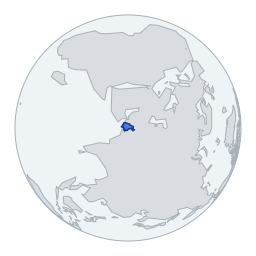 globe centered on Sistan and Baluchestan, rotated 108°
{"feature_id": "IRN-3247", "entity_name": "Sistan and Baluchestan", "entity_type": "Province", "adm_level": 1, "iso_a3": "IRN", "parent_name": "Iran", "parent_adm1": "", "projection": "orthographic", "projection_center": [61.271, 28.254], "detail": "fine", "context": "on_globe", "style": "filled", "palette": "blue", "viewbox_px": 256, "rotation_deg": 108, "n_neighbors": 0, "source": "natural_earth", "source_scale": "10m", "svg_char_len": 12087}
<svg xmlns="http://www.w3.org/2000/svg" viewBox="0 0 256 256"><g transform="rotate(108 128 128)"><circle cx="128" cy="128" r="113" fill="#eef3f6" stroke="#a8b0b8"/><path d="M149.6,17.4L154.1,18.5L159.4,19.9L156.6,19.2L168.2,22.8L175.2,25.8L166.0,22.0L164.1,21.4L168.1,23.0L167.0,22.8L168.3,23.6L166.6,23.3L161.3,21.5L160.1,21.4L163.1,22.6L163.2,23.3L159.1,21.5L158.9,22.6L150.1,20.5L140.4,17.2L134.2,16.9L120.6,16.2L120.5,16.5L115.3,16.9L113.2,17.5L111.3,17.5L111.3,18.0L113.5,17.9L114.2,18.2L113.2,18.6L110.5,18.6L110.7,18.4L109.4,18.6L108.5,18.5L108.3,18.8L105.3,18.9L106.8,19.5L103.0,20.2L101.4,20.1L103.6,19.2L105.3,17.7L104.6,17.8L113.5,16.3L122.5,15.5L131.6,15.4L140.6,16.1L149.6,17.4ZM86.9,23.1L86.3,23.4L90.3,22.0L90.6,22.1L93.9,21.3L91.2,22.6L86.8,24.3L83.9,25.1L81.8,26.0L82.8,26.3L75.7,29.3L68.0,34.0L66.4,34.8L66.4,34.0L71.0,30.9L78.8,26.7L86.9,23.1ZM69.2,31.9L68.7,32.2L66.5,33.6L69.2,31.9ZM62.6,36.3L62.1,36.7L62.7,36.3L60.9,37.6L61.3,37.2L62.6,36.3ZM163.6,21.1L161.2,20.4L163.9,21.2L163.6,21.1ZM168.8,23.8L169.8,24.1L170.1,24.4L168.8,23.8ZM95.2,20.8L94.6,21.0L94.3,21.0L95.2,20.8ZM97.2,20.2L97.3,20.0L98.3,19.8L98.2,19.9L97.2,20.2ZM167.7,24.3L167.7,24.8L166.8,23.9L167.7,24.3ZM96.9,20.6L100.0,19.3L101.8,18.9L102.9,19.1L96.9,20.6ZM167.2,24.9L167.5,26.5L169.8,27.3L163.5,26.2L165.3,25.0L163.7,23.8L165.8,24.7L167.2,24.9ZM114.6,17.7L112.3,17.8L115.1,17.4L114.6,17.7ZM116.3,17.4L124.1,16.2L127.1,16.5L123.8,16.7L128.4,17.0L126.0,17.7L122.9,17.7L121.5,17.3L121.7,17.9L116.3,17.4ZM159.9,25.5L159.2,25.7L159.0,25.2L159.9,25.5ZM114.7,18.3L116.0,17.9L118.7,18.1L116.5,18.9L116.4,18.5L114.7,18.3ZM130.8,16.8L132.4,17.2L130.9,17.9L131.3,18.1L126.2,17.7L130.8,16.8ZM115.3,18.7L115.4,19.3L113.2,19.6L113.6,18.6L115.3,18.7ZM120.3,17.9L121.4,18.0L120.1,18.2L120.3,17.9ZM105.5,21.6L107.1,21.0L108.6,21.0L105.5,21.6ZM115.6,19.5L116.3,19.3L117.1,19.3L116.7,19.8L115.6,19.5ZM125.5,18.3L124.5,18.5L127.5,18.5L126.5,19.1L123.3,18.8L124.2,19.2L123.9,19.4L121.6,18.9L125.5,18.3ZM118.6,20.3L114.2,20.4L111.0,21.4L109.6,21.4L114.9,19.7L118.6,20.3ZM120.6,19.5L119.1,19.9L118.0,19.6L118.5,19.1L120.6,19.5ZM126.9,19.7L129.3,18.8L129.9,18.9L126.9,19.7ZM117.9,20.6L119.0,20.6L117.8,20.7L117.9,20.6ZM124.4,20.0L125.1,19.6L125.8,19.8L124.4,20.0ZM120.5,21.0L119.1,21.0L119.3,20.6L120.5,21.0ZM122.5,20.6L123.2,20.9L120.3,20.4L122.7,20.4L122.5,20.6ZM124.9,20.2L125.6,20.2L124.5,20.3L124.9,20.2ZM120.4,22.7L116.7,22.2L117.2,21.2L120.8,21.8L120.4,22.7ZM21.1,131.6L21.1,112.7L23.5,108.2L25.7,101.1L43.7,86.8L45.6,90.3L57.7,94.0L58.8,95.7L55.3,100.8L62.7,112.1L67.5,108.6L76.3,115.8L83.4,117.5L89.7,107.5L78.0,104.4L78.0,98.6L89.0,96.6L99.6,99.8L99.9,97.7L95.0,91.7L99.2,88.6L93.5,89.3L94.5,91.8L91.0,92.5L89.8,90.3L91.4,89.2L88.7,87.5L82.1,93.6L82.4,96.8L74.3,95.7L74.0,101.0L71.2,102.6L70.6,94.2L72.0,91.7L69.5,81.8L67.2,84.2L69.5,93.9L68.0,92.6L65.0,96.6L66.1,92.6L64.2,81.9L58.1,80.8L47.2,87.9L44.3,86.9L43.2,82.9L50.3,73.2L56.1,76.7L58.6,73.7L60.1,67.9L61.8,69.6L63.1,67.8L65.5,69.0L71.6,66.3L74.4,67.2L79.3,62.2L81.5,62.1L77.9,65.0L77.0,67.7L84.5,70.5L86.7,69.9L89.3,66.5L91.0,67.9L92.5,64.3L98.1,64.6L92.6,61.4L95.5,57.9L100.2,56.2L100.2,54.6L92.5,57.5L90.4,59.3L90.1,61.6L83.3,66.5L80.2,66.5L83.6,59.6L79.6,59.0L84.0,54.3L102.0,48.5L108.2,48.5L113.1,55.5L110.2,57.3L107.0,55.6L107.6,60.4L108.7,58.4L110.1,59.7L113.2,57.1L114.4,58.0L115.4,54.2L117.2,54.9L116.5,57.3L122.7,54.5L127.0,55.6L127.9,54.6L127.5,53.2L133.3,55.7L133.7,54.9L131.9,53.7L131.5,51.4L133.0,48.5L134.9,49.5L134.6,50.7L136.9,54.9L135.9,58.2L136.8,58.4L138.2,55.8L135.3,50.5L135.7,48.5L137.5,50.7L136.9,49.8L137.6,49.1L140.2,49.4L138.4,47.0L144.4,39.4L150.0,39.7L150.9,42.2L157.0,39.0L162.8,40.3L161.2,39.1L163.1,37.3L161.3,36.8L160.6,36.1L164.6,31.9L167.0,32.0L166.9,29.5L166.0,29.0L164.2,28.7L163.5,26.2L169.8,27.3L171.4,28.3L174.2,28.5L177.4,31.0L181.4,33.4L183.3,36.5L186.2,38.4L187.0,38.3L191.7,41.1L198.5,47.7L189.5,42.6L178.6,34.3L182.7,37.6L180.8,37.1L181.6,38.4L184.7,40.9L185.6,41.0L185.2,47.2L190.5,55.6L192.6,53.7L196.0,55.2L203.8,64.6L207.3,81.0L211.8,84.5L213.4,87.4L212.4,90.4L210.0,86.1L207.3,85.5L206.1,82.8L203.8,86.6L202.0,82.9L201.0,87.9L203.5,90.3L206.3,88.1L206.2,94.5L211.5,98.1L214.3,104.3L212.7,118.0L207.8,124.0L207.9,126.2L204.8,124.9L202.5,130.2L209.5,139.6L209.9,142.9L205.2,151.2L204.8,148.8L196.7,145.4L196.4,153.6L202.6,158.1L204.7,164.8L200.5,163.9L198.2,158.1L195.3,156.7L195.2,149.8L191.2,140.4L186.8,143.6L186.4,139.4L180.2,132.1L173.5,136.3L163.4,149.3L163.3,159.9L159.3,164.9L151.0,150.8L148.7,140.6L144.8,141.8L137.0,133.4L121.1,132.8L119.6,130.0L116.5,131.2L111.1,128.1L109.2,123.4L105.6,123.4L111.1,135.7L115.0,135.7L119.4,131.5L120.1,135.7L125.3,139.6L116.8,149.3L94.4,155.8L93.6,147.7L83.4,123.4L84.5,121.0L84.5,120.7L84.4,120.2L82.2,123.9L80.9,119.1L84.8,135.9L84.9,142.6L94.1,156.3L92.9,157.3L96.2,160.3L108.6,158.7L108.3,161.3L101.7,172.4L85.8,185.3L88.7,195.5L88.9,203.3L80.7,206.5L83.2,212.4L79.3,213.2L80.2,216.2L78.0,218.3L73.7,219.4L64.5,216.0L62.6,213.2L55.8,206.1L45.8,189.6L46.6,183.8L45.2,178.0L38.7,162.4L40.0,155.8L38.6,151.9L35.6,150.8L34.2,146.1L32.5,144.8L23.0,139.3L21.1,131.6ZM35.3,96.2L34.3,98.1L35.3,96.2ZM109.3,108.8L116.5,110.1L115.6,103.0L118.3,103.0L117.0,100.7L115.5,102.5L112.7,96.2L116.7,94.7L117.0,91.7L114.6,91.1L107.8,95.1L111.8,103.8L109.1,106.4L109.3,108.8ZM64.2,35.2L63.1,35.9L64.2,35.2ZM60.4,38.7L57.6,40.8L59.7,39.1L59.2,39.2L63.1,36.1L65.8,35.1L63.9,36.0L60.4,38.7ZM69.0,32.1L66.2,33.9L69.1,32.0L69.0,32.1ZM67.9,57.6L67.9,59.3L65.7,60.9L62.1,60.6L65.2,58.1L67.9,57.6ZM68.4,61.4L72.8,55.1L75.2,55.3L73.1,56.2L74.2,57.0L71.2,58.7L69.2,65.4L67.1,67.3L61.6,65.1L64.5,64.6L64.4,62.9L68.4,61.4ZM79.7,41.3L81.6,39.3L84.4,42.3L82.3,43.8L78.5,43.4L78.8,41.3L79.7,41.3ZM98.3,21.5L98.8,21.1L99.5,21.0L99.7,21.4L98.3,21.5ZM106.1,21.3L96.6,23.5L96.7,23.1L90.9,25.3L89.1,25.1L92.9,23.6L87.2,25.3L89.9,23.8L85.9,25.2L94.6,21.9L96.8,20.9L95.0,22.0L96.7,22.2L98.0,22.0L103.6,20.8L109.1,19.0L111.6,19.2L111.9,19.8L110.9,20.2L109.6,19.9L109.3,20.7L106.7,20.7L106.1,21.3ZM113.9,30.5L112.7,29.3L111.6,32.2L109.0,31.6L109.0,32.0L106.3,32.3L103.0,33.5L102.1,33.0L101.3,33.7L99.4,34.0L97.9,34.8L95.8,34.3L93.8,35.4L93.9,34.6L91.0,36.5L92.2,34.9L89.9,35.4L90.0,36.7L82.1,33.5L77.9,33.9L73.7,35.3L76.3,32.7L81.9,29.9L88.5,27.7L92.2,27.9L92.7,26.9L94.6,26.7L93.4,27.6L96.4,26.2L97.7,26.3L103.6,25.3L107.1,23.5L109.4,23.2L108.6,24.0L111.4,23.2L111.4,24.6L113.0,24.5L114.7,25.9L112.3,27.7L114.3,27.5L115.6,28.7L113.9,30.5ZM120.8,23.1L118.5,25.1L115.9,25.9L114.1,23.1L112.6,23.0L111.4,21.6L115.1,20.6L115.1,21.1L116.0,21.4L114.5,21.6L116.4,21.6L116.5,22.3L118.0,22.5L116.8,23.1L120.8,23.1ZM61.4,94.4L62.6,95.2L64.6,95.8L62.8,98.5L61.4,94.4ZM60.0,87.1L61.2,87.3L59.6,91.0L58.4,90.3L60.0,87.1ZM63.2,84.4L61.4,87.0L61.7,85.2L63.2,84.4ZM79.2,65.1L80.7,65.2L80.3,66.0L78.9,67.0L79.2,65.1ZM110.1,40.1L109.9,39.0L110.6,38.8L112.3,36.4L114.4,36.9L114.2,38.5L110.1,40.1ZM86.9,108.8L84.0,110.4L83.3,109.1L84.4,108.8L86.9,108.8ZM72.2,104.4L74.9,106.8L71.7,105.1L72.2,104.4ZM112.7,40.2L113.1,39.1L113.9,40.0L112.7,40.2ZM116.0,37.1L117.2,37.9L114.9,36.7L116.0,37.1ZM137.9,237.4L139.4,237.7L137.5,237.9L137.9,237.4ZM107.6,204.6L103.0,216.7L97.8,216.1L95.7,212.3L96.7,204.7L102.4,203.2L105.0,199.7L107.6,204.6ZM221.9,172.6L223.6,171.8L223.5,172.3L221.9,172.6ZM220.2,172.2L222.3,171.1L219.6,173.4L220.2,172.2ZM223.1,170.6L225.2,168.4L226.1,167.1L225.9,168.1L223.1,170.6ZM218.7,173.1L209.6,177.4L205.8,177.9L206.9,175.8L213.1,173.6L218.7,173.1ZM206.6,175.9L200.5,173.6L190.7,162.5L194.3,161.8L204.2,167.1L203.6,168.8L207.3,171.1L206.6,175.9ZM220.6,160.9L219.9,165.5L215.1,167.7L212.8,168.0L211.3,163.2L212.2,159.9L214.1,159.1L220.5,145.7L223.0,146.8L221.3,152.1L223.2,154.9L220.6,160.9ZM163.9,160.8L167.0,166.5L164.6,167.8L163.9,160.8ZM222.3,137.3L220.3,143.1L221.9,136.0L222.3,137.3ZM222.8,131.0L223.3,133.1L221.9,131.6L222.8,131.0ZM208.6,129.3L206.6,130.7L206.2,129.2L208.5,126.5L208.6,129.3ZM216.4,109.5L217.8,114.2L218.0,116.0L216.4,113.6L216.4,109.5ZM131.2,44.2L126.5,46.9L124.5,49.5L125.6,51.9L122.1,49.9L125.2,45.8L131.2,44.2ZM142.6,39.7L141.6,38.0L143.3,38.2L143.8,38.6L142.6,39.7ZM141.1,39.0L137.4,37.9L137.7,36.6L140.6,37.7L141.1,39.0ZM124.9,38.6L123.4,39.3L122.8,38.5L124.9,38.6ZM218.4,195.2L218.3,195.3L205.1,208.9L203.1,209.8L205.6,207.1L207.8,201.1L208.6,200.8L210.5,195.9L219.5,186.8L226.5,174.7L229.1,172.6L232.6,164.1L234.6,161.7L232.7,167.7L233.3,167.9L237.4,154.3L236.6,158.0L234.1,165.9L231.0,173.7L227.3,181.1L223.1,188.3L218.4,195.2ZM226.0,170.1L228.7,165.1L229.8,163.9L226.0,170.1ZM238.9,147.9L238.9,147.2L237.9,152.0L236.3,155.0L237.0,152.2L237.1,149.6L234.7,151.8L234.2,150.5L235.3,147.9L233.3,148.5L235.5,145.2L236.2,148.3L237.3,143.7L238.7,142.0L239.6,140.9L239.8,141.9L239.6,143.6L239.5,144.0L238.9,147.9ZM235.0,154.3L235.3,153.8L234.9,155.4L235.0,154.3ZM230.5,155.3L230.4,156.5L229.7,156.2L230.5,155.3ZM231.5,153.8L233.3,153.3L231.2,155.0L231.5,153.8ZM224.5,155.1L225.2,157.4L227.5,154.0L225.7,157.8L227.0,161.1L226.4,163.2L225.2,159.4L224.3,164.8L223.2,165.4L222.9,161.5L224.1,155.5L225.1,152.7L229.2,148.9L224.5,155.1ZM231.5,150.5L231.0,147.8L231.3,145.3L232.0,146.5L231.5,150.5ZM228.9,141.5L226.8,139.0L225.4,141.5L227.9,134.1L229.5,137.7L228.9,141.5ZM226.5,134.3L225.2,136.7L226.3,132.6L226.5,134.3ZM224.6,135.7L224.0,133.2L225.3,132.7L224.6,135.7ZM227.3,133.9L226.8,129.3L227.8,131.5L227.3,133.9ZM222.4,127.7L225.8,130.2L222.1,130.6L220.0,122.2L221.4,121.1L222.4,127.7ZM218.0,88.4L216.6,86.3L217.3,84.9L218.1,86.8L218.0,88.4ZM218.4,79.2L217.0,83.9L215.7,88.0L217.0,88.5L218.4,92.9L215.4,90.1L215.0,84.4L216.3,82.0L214.7,78.5L214.6,75.2L211.9,71.5L211.3,69.3L214.1,72.1L218.4,79.2ZM210.6,70.0L205.8,63.2L208.1,62.5L209.6,63.9L210.9,67.2L209.6,67.3L210.6,70.0ZM205.3,61.5L204.1,61.6L194.4,53.8L192.9,52.0L201.4,57.2L200.7,57.7L202.7,59.8L205.3,61.5ZM160.4,26.2L159.3,25.8L160.4,25.9L160.4,26.2ZM159.6,35.9L158.9,35.1L160.2,35.1L159.6,35.9ZM157.7,32.7L156.7,33.3L157.0,32.3L157.7,32.7ZM154.6,34.8L155.9,33.3L155.8,35.4L154.6,34.8Z" fill="#d9dde1" stroke="#a8b0b8" stroke-width="1"/><path d="M128.6,121.8L128.8,122.0L128.9,122.3L128.9,122.5L128.9,122.8L128.7,123.1L128.5,123.4L128.3,123.6L128.2,123.8L128.0,124.0L127.9,124.1L127.8,124.3L127.5,124.6L127.4,124.7L127.3,124.8L127.4,125.0L127.5,125.1L127.6,125.3L127.9,125.6L128.0,125.7L128.0,125.8L128.1,126.0L128.3,126.2L128.3,126.3L128.3,126.5L128.5,126.7L128.5,126.8L128.6,127.0L128.8,127.2L128.9,127.3L129.0,127.4L129.2,127.5L129.3,127.5L129.5,127.5L129.9,127.7L130.0,127.7L130.0,127.8L130.2,128.0L130.3,128.0L130.5,128.0L130.6,128.3L130.5,128.5L130.6,128.8L130.7,129.1L130.7,129.4L130.7,129.5L130.6,129.8L130.6,130.0L130.8,130.0L131.0,130.0L131.3,129.9L131.4,130.0L131.5,130.0L131.5,130.3L131.4,130.3L131.4,130.6L131.5,130.6L131.4,130.7L131.4,130.8L131.3,131.1L131.2,131.2L130.9,131.2L130.7,131.2L130.4,131.2L130.4,131.3L130.0,131.3L129.9,131.4L129.8,131.5L129.7,131.6L129.8,131.7L129.7,131.7L129.5,131.8L129.4,131.8L129.2,131.9L129.0,132.0L128.9,132.2L128.9,132.3L128.9,132.6L128.9,132.8L128.7,132.8L128.7,133.0L128.7,133.3L128.6,133.5L128.6,133.8L128.6,134.0L128.5,133.9L128.5,134.0L128.4,134.0L128.5,134.1L128.4,134.1L128.3,134.3L128.0,134.2L127.8,134.2L127.6,134.0L127.3,133.9L127.0,133.9L126.9,133.9L126.8,133.7L126.7,133.5L126.4,133.6L126.5,133.7L126.5,133.8L126.4,133.8L126.4,133.7L126.2,133.6L126.1,133.8L126.0,133.7L125.9,133.7L125.7,133.7L125.4,133.6L125.1,133.6L124.9,133.6L124.7,133.5L124.4,133.5L124.5,133.5L124.5,133.4L124.4,133.4L124.4,133.2L124.2,133.1L124.1,132.9L123.8,132.6L123.7,132.5L123.7,132.4L123.8,132.3L123.8,132.2L123.8,131.9L123.8,131.7L123.9,131.4L123.8,131.2L123.8,130.8L123.7,130.7L123.7,130.4L123.6,130.2L123.9,129.2L123.9,128.3L124.1,128.0L124.1,127.8L124.1,127.7L123.9,127.6L124.0,127.5L124.2,127.4L124.6,127.2L124.7,126.9L124.7,126.7L124.7,126.4L124.8,126.2L124.9,125.8L124.8,125.4L124.8,125.2L124.7,125.2L125.0,123.4L126.4,123.0L126.5,123.1L126.9,123.3L127.2,123.7L127.3,123.8L127.5,123.8L127.6,123.7L127.5,123.3L127.5,123.1L127.6,122.6L127.7,122.3L127.8,122.1L127.8,121.8L127.8,121.7L128.0,121.8L128.4,121.8L128.6,121.8Z" fill="#3b82f6" stroke="#1e3a8a" stroke-width="1.5"/></g></svg>